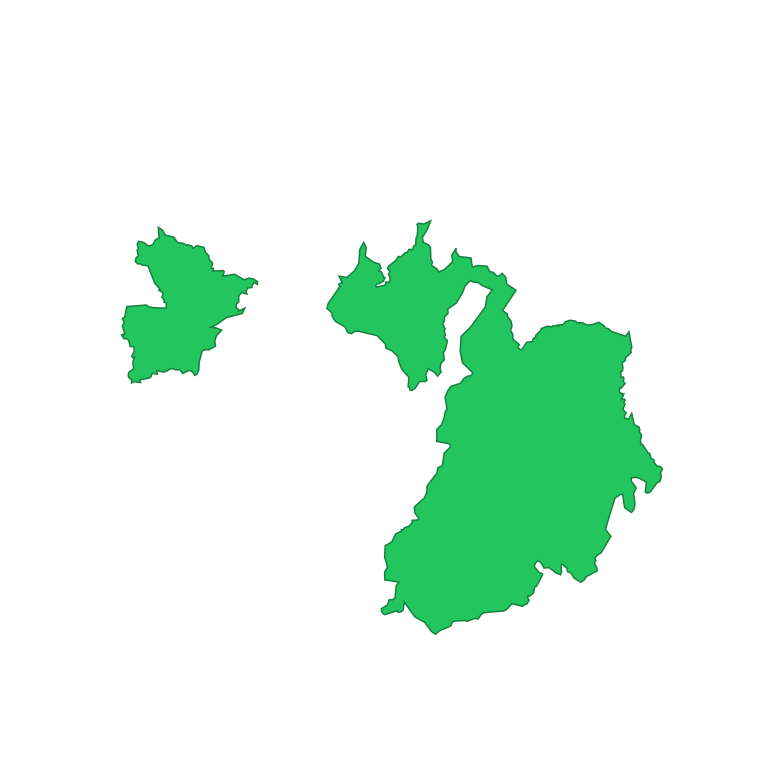 the district of Tecomatlán, Puebla, Mexico, rotated 126°
{"feature_id": "50627088B46760499332647", "entity_name": "Tecomatlán", "entity_type": "district", "adm_level": 2, "iso_a3": "MEX", "parent_name": "Mexico", "parent_adm1": "Puebla", "projection": "albers", "projection_center": [-98.317, 18.022], "detail": "fine", "context": "isolated", "style": "filled", "palette": "green", "viewbox_px": 768, "rotation_deg": 126, "n_neighbors": 0, "source": "geoboundaries", "source_scale": "gbopen_adm2", "svg_char_len": 6172}
<svg xmlns="http://www.w3.org/2000/svg" viewBox="0 0 768 768"><g transform="rotate(126 384 384)"><path d="M351.6,476.5L356.4,474.6L357.1,467.9L359.4,466.1L361.2,462.1L361.9,460.3L360.7,449.1L363.7,443.5L362.5,440.0L358.6,438.5L356.4,435.9L348.9,417.9L350.9,406.2L353.8,403.5L352.5,396.8L353.6,388.7L357.3,385.1L361.7,378.2L363.9,367.7L371.9,363.1L371.8,361.1L373.6,359.6L372.8,357.5L369.5,356.3L361.2,356.8L357.6,351.8L355.6,351.5L351.7,355.9L345.4,357.1L345.0,349.0L346.2,345.3L340.8,344.8L338.5,347.8L333.7,350.1L328.9,349.5L324.1,354.1L319.4,354.8L311.5,358.2L311.0,362.6L308.0,363.2L305.6,366.8L303.7,366.7L300.3,372.5L298.0,371.9L294.1,374.5L289.3,373.6L286.0,376.5L275.9,373.0L263.9,374.1L257.0,376.1L249.4,374.8L249.2,372.0L246.6,367.5L246.6,362.0L244.2,351.8L252.8,352.0L262.1,347.3L286.6,347.4L300.1,349.6L312.8,341.6L320.7,332.9L322.8,318.6L326.1,318.5L328.3,320.8L332.7,322.6L338.6,322.6L346.5,328.5L352.0,328.5L359.0,326.7L367.2,318.3L370.6,318.1L377.1,315.0L383.3,313.6L389.5,314.6L399.4,307.6L394.4,296.9L394.1,294.5L396.4,293.3L404.4,294.6L415.9,288.8L420.1,291.2L424.9,288.8L441.1,289.3L445.9,286.0L452.2,284.3L465.7,287.2L470.2,283.2L471.9,277.5L473.6,276.3L477.8,281.1L479.3,279.8L484.3,280.1L487.8,282.7L491.0,282.9L491.6,284.4L492.7,283.4L498.5,286.4L507.4,284.9L514.0,288.0L523.8,281.7L529.9,273.6L536.0,272.9L542.0,268.2L535.8,256.0L536.4,255.5L540.0,255.6L550.7,249.2L554.0,250.6L555.3,253.0L560.7,251.4L567.3,254.0L569.1,252.7L570.3,249.6L570.1,247.7L560.2,240.5L560.3,238.1L558.2,236.3L555.9,235.6L548.5,239.4L554.3,221.9L552.9,211.1L556.3,200.3L556.2,195.3L551.0,194.0L540.5,187.8L536.0,188.7L534.3,187.5L527.7,179.4L527.0,177.1L520.7,173.1L518.8,169.7L513.6,169.9L510.2,168.7L497.2,153.7L494.2,152.2L486.5,151.3L482.4,141.1L479.1,140.3L478.4,139.1L473.5,139.5L473.1,141.4L470.9,143.1L470.0,141.4L465.2,140.2L459.2,142.9L458.1,141.7L445.5,143.5L444.4,144.3L445.3,147.2L443.5,154.9L441.2,156.1L436.6,155.8L436.1,152.7L438.8,146.3L435.4,142.4L435.8,133.8L434.5,129.0L431.5,129.9L426.9,134.2L425.3,134.5L425.1,133.2L425.7,127.5L428.0,125.3L426.9,121.9L429.3,116.1L428.7,108.3L424.9,106.8L421.1,107.2L409.9,101.7L407.1,104.3L406.2,107.3L403.9,109.0L402.4,108.7L401.0,111.1L397.0,110.9L393.1,109.1L373.9,110.9L371.3,119.5L340.6,130.1L334.4,127.8L332.9,126.1L342.6,116.7L342.6,108.5L341.7,108.1L338.2,108.2L333.5,110.4L325.8,117.8L319.7,119.0L317.1,127.1L314.4,128.8L310.6,123.9L309.1,114.1L317.9,109.0L317.3,106.5L314.7,105.1L303.3,105.0L300.5,103.4L295.8,105.3L293.2,108.2L289.1,108.6L288.1,112.0L290.0,114.5L288.8,119.3L286.8,120.8L287.1,124.3L283.9,128.3L284.7,129.1L281.0,139.4L281.4,140.8L279.2,143.2L273.9,145.5L272.5,149.6L271.0,149.8L269.1,152.2L269.7,157.7L262.2,166.3L268.8,165.4L269.9,169.5L268.3,170.9L265.1,171.0L264.1,175.7L258.4,177.4L258.5,179.1L255.3,179.4L255.0,180.8L257.2,182.7L251.1,184.1L252.8,185.4L251.5,185.2L252.5,188.4L250.8,190.0L248.3,191.0L248.2,189.8L241.9,189.2L241.1,192.0L238.4,193.2L237.7,194.7L239.3,196.1L235.1,199.5L233.0,198.8L230.4,200.3L226.5,204.1L224.7,202.8L222.6,202.7L221.2,204.1L213.3,202.5L211.2,204.7L209.0,204.8L197.7,216.6L203.3,216.5L207.5,230.0L207.5,235.4L208.7,238.1L207.6,239.8L207.8,246.4L214.1,250.9L217.0,254.5L217.8,259.4L221.0,263.8L220.5,266.0L223.1,271.0L227.3,274.1L230.9,273.9L233.1,277.1L235.0,276.8L234.6,278.9L236.9,279.6L237.2,281.3L238.9,281.7L241.5,286.0L246.6,289.3L248.5,288.7L255.0,289.8L257.3,288.9L259.3,290.0L262.5,288.8L266.3,293.1L275.2,292.7L276.1,293.6L275.7,297.2L272.5,297.8L272.1,305.2L271.1,306.9L268.4,308.7L266.1,313.2L261.8,314.5L258.3,318.4L256.8,323.7L254.8,325.2L254.9,331.3L230.6,332.3L231.0,343.4L226.0,348.3L225.0,353.5L228.8,354.2L230.4,356.0L229.5,361.0L230.8,364.8L228.1,370.0L233.0,377.7L237.4,381.3L230.9,387.8L236.7,398.1L234.6,403.7L231.7,405.4L239.7,405.0L244.7,400.4L256.0,402.4L261.1,405.4L259.8,408.8L260.1,414.6L259.3,415.8L257.2,416.2L254.9,420.0L246.1,426.7L245.2,430.2L246.3,435.2L245.0,437.0L242.5,439.2L233.6,439.8L224.5,442.2L231.1,445.7L233.6,450.5L235.5,451.1L236.8,449.1L244.8,444.1L247.1,443.9L252.9,440.1L255.3,441.1L258.3,439.6L260.4,443.0L263.7,442.5L265.8,444.2L271.7,445.1L272.2,447.4L277.5,447.1L286.2,449.6L288.8,448.7L289.4,445.1L292.6,444.9L294.1,442.0L297.1,439.8L298.8,440.0L300.5,442.4L302.9,441.0L309.7,446.6L309.8,448.1L307.4,448.8L305.8,447.0L301.2,444.9L296.9,445.8L298.2,446.0L295.0,451.9L295.5,454.7L292.0,454.5L289.6,458.2L291.5,463.4L291.7,474.3L284.2,478.5L281.4,483.6L289.6,482.6L300.6,475.5L309.9,474.4L319.7,476.7L323.2,483.8L326.6,477.4L329.8,479.4L331.3,477.0L351.6,476.5ZM498.3,625.8L500.2,621.2L498.6,618.5L498.8,616.2L502.9,611.3L501.1,608.9L501.6,607.4L504.8,605.2L510.0,604.3L510.4,602.8L509.0,601.6L513.9,600.1L518.4,596.0L519.7,595.6L523.7,597.3L526.1,596.8L528.5,594.9L529.3,590.4L531.6,588.8L529.4,588.0L525.9,581.8L524.3,584.1L517.1,577.4L515.0,576.8L511.8,578.0L509.3,573.1L506.9,575.7L503.4,568.6L496.3,565.1L494.9,560.7L492.5,557.8L493.8,552.9L488.8,550.6L486.9,548.4L487.1,544.2L488.4,542.3L486.3,541.2L481.8,541.9L474.7,546.5L464.1,550.5L460.8,548.4L459.6,545.9L452.2,542.5L449.0,546.0L443.3,548.0L435.9,546.9L437.2,552.6L439.8,557.5L434.7,554.6L422.7,550.4L410.3,540.1L404.5,541.2L410.6,544.6L409.2,545.5L409.2,548.6L406.4,550.4L402.8,549.8L398.3,553.2L393.7,553.1L391.8,547.8L390.3,550.1L386.3,550.6L383.5,547.5L381.8,548.7L378.1,548.7L377.9,545.1L375.5,546.5L375.8,551.1L377.6,555.4L381.9,558.4L383.1,569.5L391.6,577.9L387.1,579.2L386.7,580.7L393.1,588.7L390.7,589.8L391.7,591.9L387.0,593.7L385.8,599.1L383.2,601.2L382.2,606.2L379.3,610.0L382.0,616.6L386.6,618.4L385.3,620.6L386.9,624.9L388.1,625.5L388.0,628.6L390.9,634.1L388.7,640.4L392.0,648.1L389.7,653.9L389.9,658.7L398.1,651.9L401.9,653.8L406.9,653.0L409.3,654.1L410.9,656.5L410.7,661.7L412.7,666.3L416.0,665.9L418.6,662.4L421.0,662.3L424.5,658.1L427.9,658.7L431.0,657.3L431.6,653.7L429.7,651.7L430.3,650.5L427.2,644.3L437.0,629.1L439.1,620.8L440.5,621.3L440.0,616.2L444.3,614.8L445.1,611.4L447.2,610.0L446.5,607.5L450.7,604.9L458.0,615.7L459.8,619.7L459.7,622.6L472.5,637.6L482.3,633.1L485.0,634.1L486.9,630.2L490.8,629.9L495.9,622.9L497.1,624.3L498.4,623.8L498.3,625.8Z" fill="#22c55e" stroke="#15803d" stroke-width="1.5"/></g></svg>